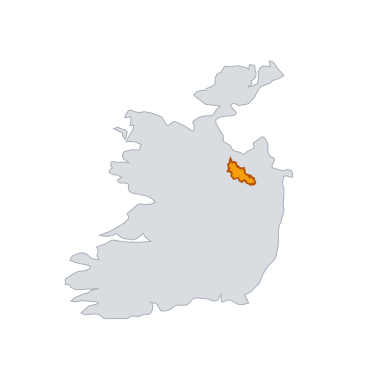 location of Ballyjamesduff Lea-6, Cavan, Ireland, rotated 16°
{"feature_id": "5873133B36799193613940", "entity_name": "Ballyjamesduff Lea-6", "entity_type": "district", "adm_level": 2, "iso_a3": "IRL", "parent_name": "Ireland", "parent_adm1": "Cavan", "projection": "mercator", "projection_center": [-7.268, 53.897], "detail": "fine", "context": "in_parent", "style": "filled", "palette": "amber", "viewbox_px": 384, "rotation_deg": 16, "n_neighbors": 0, "source": "geoboundaries", "source_scale": "gbopen_adm2", "svg_char_len": 8570}
<svg xmlns="http://www.w3.org/2000/svg" viewBox="0 0 384 384"><g transform="rotate(16 192 192)"><path d="M236.7,66.1L229.6,71.2L228.4,73.1L226.4,80.8L226.2,83.0L221.7,91.6L219.2,93.3L215.4,94.7L213.3,96.1L210.6,95.4L207.2,95.5L205.5,97.0L205.5,98.2L206.6,99.6L212.9,103.5L212.5,105.1L210.7,107.0L199.4,111.5L196.1,114.3L194.9,116.1L196.1,119.2L205.1,128.3L206.6,129.3L208.0,134.6L215.9,136.8L219.2,140.1L222.0,140.9L228.1,140.6L230.5,141.8L231.9,140.9L232.7,139.1L239.5,132.7L237.4,127.9L244.3,119.6L246.2,119.7L249.4,122.2L252.1,125.8L253.0,130.4L255.5,134.6L257.1,136.1L261.5,136.9L262.5,138.6L261.7,144.6L262.4,146.6L273.5,146.5L278.0,143.8L281.9,144.3L283.8,147.0L284.6,149.8L281.3,150.8L277.8,150.3L276.1,152.1L276.0,155.6L277.2,160.2L279.5,163.4L281.4,170.6L282.9,178.6L285.3,183.4L285.8,189.4L285.4,192.3L285.9,197.6L284.9,199.4L285.6,204.3L289.7,220.2L290.5,232.5L288.5,237.1L285.8,241.4L284.1,246.6L282.7,252.2L281.9,261.1L276.1,271.6L273.7,274.2L270.8,275.8L277.0,283.0L271.9,286.3L266.4,287.3L260.2,285.5L256.4,285.7L251.5,289.5L250.4,288.8L248.1,282.8L246.4,289.0L242.9,290.9L236.8,290.5L226.7,292.2L222.8,293.9L221.1,296.7L219.9,299.8L218.4,301.7L216.6,302.7L208.7,305.0L207.2,305.9L203.6,311.0L198.8,313.9L194.9,314.8L191.4,311.9L189.9,310.1L188.3,309.2L183.0,309.3L184.7,310.2L185.7,312.3L186.3,316.3L185.7,320.2L183.0,322.2L179.9,322.6L174.9,326.6L168.3,327.7L164.7,331.5L142.9,337.8L141.7,337.8L138.7,336.2L135.4,335.5L132.1,336.0L123.0,339.5L118.6,338.8L124.2,330.1L131.8,325.7L132.6,324.5L130.1,323.9L115.7,326.9L110.7,329.6L105.7,330.3L108.0,326.3L114.5,320.9L120.0,317.3L122.5,314.0L129.3,310.4L107.3,317.9L101.6,317.0L100.2,314.9L95.8,315.9L94.1,310.8L100.7,303.0L104.6,299.7L109.2,297.9L113.6,295.3L115.2,292.1L113.1,291.1L99.9,291.9L93.5,291.3L93.9,288.8L95.0,286.0L101.6,281.2L105.2,280.4L108.4,280.9L114.0,283.7L121.4,282.8L118.3,279.7L117.8,273.5L115.4,271.4L118.4,268.6L121.9,266.8L127.7,260.8L129.8,259.9L141.3,258.5L153.8,255.3L166.1,251.0L159.7,248.5L156.7,245.3L151.9,251.8L148.4,254.3L138.5,255.6L135.4,254.9L131.0,252.9L129.6,253.6L128.3,255.2L121.8,258.4L114.9,259.1L122.9,253.3L133.0,243.4L135.3,240.3L138.5,234.8L137.5,232.4L135.4,231.0L142.8,219.7L145.4,217.6L150.1,217.3L153.5,215.5L155.0,215.5L156.4,214.8L159.4,211.4L154.8,209.3L150.0,208.2L135.0,209.4L133.1,209.1L131.2,208.1L130.0,206.6L129.1,202.7L128.0,201.8L124.7,201.8L121.3,203.0L119.0,202.9L116.8,201.2L120.4,197.3L115.7,196.3L111.0,197.1L107.0,195.9L106.9,193.4L108.7,190.9L106.4,188.6L105.9,185.6L108.4,184.1L111.1,184.6L116.6,182.4L123.8,181.4L117.7,179.2L115.2,177.3L115.1,174.5L115.6,172.0L122.7,167.9L130.2,166.0L129.6,163.3L130.2,160.3L122.5,159.5L115.0,161.6L115.8,155.9L117.6,150.8L118.0,147.4L117.6,143.8L114.1,145.3L113.7,140.2L112.2,136.7L107.0,139.1L107.1,134.5L108.6,131.3L111.3,129.9L114.0,130.5L119.1,130.4L123.9,128.0L130.9,127.3L142.0,128.1L149.7,135.0L151.7,133.8L154.7,129.4L156.2,128.9L167.7,130.8L174.9,133.3L176.8,132.5L175.8,127.7L173.3,124.4L176.4,120.0L180.2,117.0L182.7,115.5L188.5,113.7L191.0,111.9L192.7,106.3L195.4,101.5L180.8,104.0L166.9,98.4L169.1,94.4L172.1,92.2L177.1,90.4L177.6,88.3L180.2,86.6L184.4,82.1L182.8,76.1L183.7,71.8L186.7,68.9L187.7,64.9L189.0,61.9L195.2,60.8L201.2,58.0L210.3,57.6L212.7,58.7L212.1,53.8L216.5,53.1L218.1,54.1L218.9,57.6L220.8,59.9L221.4,63.8L220.1,66.8L217.9,69.1L219.9,71.4L216.8,75.7L220.2,73.9L225.0,69.7L224.7,66.3L223.9,62.0L222.6,58.1L223.2,53.8L225.9,51.1L232.9,49.8L230.0,44.9L232.6,44.5L235.4,45.5L239.6,49.3L248.3,54.6L244.0,59.3L238.8,62.6L236.7,66.1ZM113.5,157.8L113.3,160.0L109.9,157.2L108.3,154.2L99.2,152.8L103.0,149.8L104.8,150.7L111.3,150.8L113.1,152.1L113.5,157.8Z" fill="#d9dde1" stroke="#a8b0b8" stroke-width="1"/><path d="M231.1,166.5L232.7,165.5L233.5,166.6L233.7,166.8L233.9,167.0L234.0,167.5L233.9,167.5L234.0,167.8L234.2,168.0L234.6,168.1L235.0,168.3L235.3,168.3L235.4,168.1L235.7,168.1L235.8,168.3L236.2,168.6L236.4,168.6L236.9,168.7L236.7,168.4L236.9,168.1L237.1,167.9L236.9,167.8L237.0,167.6L237.2,167.4L237.3,167.5L237.3,167.3L237.8,166.9L238.2,167.3L238.3,167.3L238.5,167.1L238.6,166.9L238.8,166.8L239.5,166.9L239.5,166.6L239.7,166.4L239.6,166.1L240.2,166.5L240.4,166.9L240.8,167.2L241.0,166.9L241.4,166.9L241.6,167.1L241.7,167.3L241.8,167.5L241.8,167.9L241.8,168.2L242.2,168.3L242.5,168.4L242.9,168.3L243.6,168.6L243.9,168.6L244.0,168.5L244.3,168.6L244.4,168.4L244.6,168.2L244.8,168.2L245.1,168.5L245.3,168.5L245.6,168.8L246.0,168.8L246.5,169.1L246.5,168.8L246.5,168.5L246.8,167.9L246.9,168.0L247.0,168.3L247.4,168.5L247.6,168.3L247.9,168.2L247.8,167.6L248.2,167.1L248.6,167.5L248.8,167.9L249.2,167.9L249.3,167.8L249.6,167.7L249.8,167.6L249.7,167.5L249.4,167.4L249.2,167.3L249.3,167.1L249.2,167.0L249.3,166.8L249.3,166.6L249.6,166.2L250.1,166.4L250.3,166.0L250.5,165.9L250.4,165.5L250.3,165.4L250.3,165.2L250.2,165.1L249.9,164.9L249.8,164.7L249.7,164.7L249.5,164.3L249.2,164.2L249.0,163.9L248.7,163.7L248.6,163.4L248.7,163.2L248.4,163.1L248.2,163.1L248.2,162.9L248.2,162.7L248.0,162.4L247.8,162.1L248.0,162.0L248.0,161.8L247.5,161.3L247.2,161.3L247.2,161.6L246.8,161.8L246.7,161.8L246.6,162.1L246.3,161.8L246.2,161.6L245.9,161.4L246.0,161.2L245.9,161.1L245.7,161.0L245.3,160.9L245.1,161.0L244.9,160.8L244.7,160.9L244.4,160.5L244.1,160.1L243.9,160.4L243.7,160.4L243.7,160.6L243.5,160.8L243.3,160.6L243.3,160.9L243.4,161.1L243.2,161.1L243.3,161.4L243.5,161.6L243.8,162.0L243.9,162.4L243.6,162.6L243.3,162.3L243.3,162.1L243.1,161.8L242.8,161.7L242.6,161.3L242.7,161.2L242.9,161.2L242.3,160.4L242.2,160.7L241.9,160.8L241.5,160.3L241.4,160.1L241.3,159.9L241.2,159.9L241.1,160.1L241.2,160.3L241.0,160.5L240.8,160.5L240.4,160.2L240.2,160.1L239.9,159.8L239.5,159.8L239.4,160.0L239.5,160.0L239.4,160.1L238.8,160.0L238.7,159.7L238.2,159.4L237.9,159.1L237.6,159.3L237.3,159.1L237.2,159.0L237.4,158.7L237.2,158.2L237.3,158.0L237.5,158.1L237.3,157.6L237.1,157.4L237.1,157.2L236.8,156.8L236.7,156.5L236.8,156.4L236.7,156.2L236.5,156.3L236.5,156.6L236.4,156.8L236.2,156.6L235.9,156.6L235.8,156.2L235.6,155.8L235.5,155.6L235.5,155.2L235.6,154.9L235.4,154.5L235.2,154.3L234.8,154.7L234.7,154.9L234.4,155.3L234.1,155.1L234.0,154.7L234.0,154.8L233.8,154.9L233.7,155.1L233.3,155.2L233.2,155.3L232.9,155.4L232.9,155.7L232.6,155.4L232.4,155.5L232.4,155.9L231.8,156.0L231.7,156.2L231.4,156.0L231.2,156.0L231.1,155.8L231.0,155.6L230.8,155.8L230.7,155.7L230.6,155.3L230.3,155.0L230.0,154.5L229.9,154.5L229.7,154.6L229.7,154.8L229.5,154.6L229.3,154.5L229.4,155.0L229.5,155.1L229.3,155.3L229.5,155.7L229.7,156.1L229.3,155.8L229.2,155.5L228.9,155.3L228.5,155.4L228.3,154.9L227.9,154.7L228.1,154.5L228.0,154.3L227.7,154.1L227.8,154.0L227.6,153.6L227.4,153.4L227.3,153.5L227.2,153.5L226.7,153.2L226.8,152.9L226.7,152.7L226.5,152.3L226.6,152.1L226.6,151.8L226.3,151.4L226.2,151.4L226.2,151.5L226.2,151.8L226.2,152.0L226.0,151.8L225.8,151.9L225.7,151.7L225.1,151.6L225.0,151.9L224.8,152.0L224.5,151.8L224.3,151.3L224.1,151.2L224.0,151.3L224.1,151.8L223.5,151.8L223.3,152.1L223.2,152.0L223.1,151.9L222.9,152.5L222.8,152.2L222.5,152.4L222.4,152.2L222.2,152.2L221.8,152.0L221.6,152.1L221.5,151.9L221.5,151.7L221.5,151.4L221.4,151.4L221.2,151.1L221.1,150.8L221.1,150.6L220.9,150.5L220.5,150.5L220.4,150.4L220.4,150.1L220.2,150.0L219.9,149.7L219.9,149.2L219.7,148.9L219.7,149.0L219.6,149.4L219.6,149.7L219.7,149.9L219.8,149.9L219.4,150.2L219.5,150.3L219.6,150.6L219.8,150.9L219.7,151.0L219.8,151.3L219.8,151.5L219.6,151.6L219.5,152.1L219.8,152.3L220.0,152.6L220.2,152.9L220.1,153.1L220.0,153.4L219.8,153.4L219.8,153.5L220.1,154.0L220.1,154.3L219.8,154.6L219.6,154.7L219.5,155.0L219.3,154.9L219.3,155.0L218.9,155.7L218.9,155.8L219.1,155.8L219.3,156.4L219.7,156.6L219.7,156.9L219.8,157.2L220.0,157.4L220.2,157.7L220.3,157.8L220.1,158.1L220.4,158.6L220.5,158.7L220.5,158.3L220.6,158.2L221.2,158.4L221.4,158.5L221.4,158.9L221.7,159.2L221.7,159.3L221.5,159.5L221.4,159.7L221.4,160.1L221.5,160.4L221.4,160.5L220.9,160.3L220.7,160.3L220.8,160.8L220.5,161.5L220.4,161.6L220.3,162.0L220.2,162.1L220.2,162.5L220.5,162.6L220.8,162.3L221.2,162.3L221.5,162.4L222.0,162.4L222.1,162.0L222.7,161.6L223.0,161.7L223.3,162.1L223.3,161.9L223.8,161.8L224.0,162.1L224.1,161.9L224.6,162.5L224.9,162.3L225.0,162.3L225.2,162.8L225.1,163.0L225.3,163.5L225.3,164.2L225.5,164.7L225.5,165.0L225.2,165.2L225.2,165.3L225.1,165.5L225.4,165.6L225.4,165.8L225.5,166.0L225.7,166.3L226.0,166.3L226.3,166.4L226.4,166.5L226.7,166.6L226.8,166.8L227.1,166.8L227.6,167.0L228.0,167.2L228.0,167.4L227.9,167.5L228.1,168.0L228.6,168.1L229.1,167.8L229.1,167.7L229.3,167.6L229.5,167.6L231.1,166.5Z" fill="#f59e0b" stroke="#b45309" stroke-width="1.5"/></g></svg>